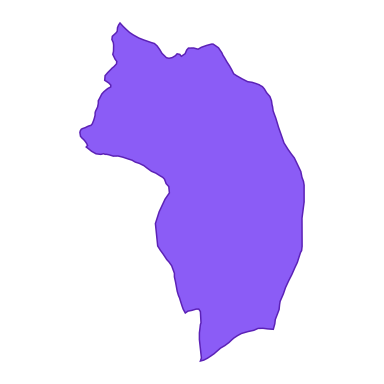 outline of Owan East, Edo, Nigeria
{"feature_id": "59680162B90522809362613", "entity_name": "Owan East", "entity_type": "district", "adm_level": 2, "iso_a3": "NGA", "parent_name": "Nigeria", "parent_adm1": "Edo", "projection": "robinson", "projection_center": [6.02, 7.027], "detail": "fine", "context": "isolated", "style": "filled", "palette": "violet", "viewbox_px": 384, "rotation_deg": 0, "n_neighbors": 0, "source": "geoboundaries", "source_scale": "gbopen_adm2", "svg_char_len": 2791}
<svg xmlns="http://www.w3.org/2000/svg" viewBox="0 0 384 384"><path d="M281.0,134.3L278.6,127.5L277.5,123.8L275.8,118.2L274.2,113.9L273.1,110.8L272.6,107.0L272.0,104.5L271.5,100.8L269.9,96.5L266.6,92.7L264.4,89.0L262.9,87.2L262.3,86.6L259.1,84.8L259.1,84.7L255.8,83.5L252.0,82.3L247.7,81.7L241.8,78.7L236.4,75.6L233.7,73.8L231.5,69.4L229.4,65.7L227.1,62.2L226.6,61.4L225.3,59.1L224.5,57.7L222.9,55.2L221.8,52.7L218.5,47.8L215.8,45.9L213.1,44.1L211.5,44.1L206.7,45.4L201.3,47.3L198.1,49.2L193.7,48.0L188.4,48.1L186.7,50.0L185.1,53.7L181.4,56.3L180.8,55.7L179.8,54.4L177.1,53.8L175.4,55.7L172.2,57.6L169.0,58.3L166.4,57.7L162.0,53.4L159.8,49.7L157.1,45.9L154.4,43.5L151.4,42.6L143.6,39.9L138.8,38.0L133.4,35.0L129.6,32.5L126.3,29.5L123.1,26.4L120.0,23.0L118.6,25.0L117.5,27.7L117.2,31.3L116.1,32.8L114.4,34.4L112.3,36.3L111.9,39.5L113.3,42.6L113.6,45.0L113.6,46.1L113.5,51.3L112.8,54.4L115.1,59.2L116.8,61.5L116.7,62.0L116.5,63.9L114.7,65.8L114.0,66.6L112.0,68.2L110.6,69.7L107.8,72.5L106.1,74.5L105.1,75.6L104.7,80.3L108.7,82.9L110.8,85.1L110.7,87.0L108.3,88.2L106.6,89.4L103.9,91.7L101.8,94.0L100.8,96.0L99.4,98.7L98.3,100.7L98.3,103.4L97.6,107.0L95.5,111.3L95.1,112.9L95.1,115.2L94.4,118.0L93.7,120.3L92.3,123.8L90.9,125.4L89.2,125.8L87.5,126.5L85.1,127.7L82.7,128.5L81.3,129.2L80.3,130.8L79.9,132.4L80.5,136.3L82.2,138.3L83.6,139.5L85.3,141.5L86.6,143.4L87.6,145.4L86.2,147.0L87.9,148.3L91.6,151.3L96.0,153.8L100.8,154.4L103.5,153.7L105.1,154.3L106.7,154.3L109.0,154.8L109.4,154.9L113.2,156.1L118.1,156.0L122.9,157.2L128.3,159.0L132.1,160.2L135.3,162.1L139.1,163.3L144.0,165.7L147.2,168.2L151.5,171.3L155.8,173.1L159.6,175.5L162.8,177.4L163.6,178.2L164.5,179.2L166.1,183.6L168.8,186.6L168.9,187.8L169.4,192.9L165.1,199.1L159.2,211.7L155.4,223.6L155.5,224.5L157.7,246.0L160.4,250.3L163.1,254.0L166.8,259.6L169.0,262.0L171.7,265.8L172.8,268.9L174.4,273.2L174.4,276.9L175.5,281.9L177.2,291.2L178.3,295.0L179.0,296.8L179.4,297.5L180.9,302.4L182.1,306.1L183.2,309.2L185.3,313.0L188.0,311.1L191.8,310.4L196.1,309.1L198.8,309.1L200.4,311.6L201.0,322.8L200.4,324.6L199.9,329.0L199.4,332.8L199.4,339.6L201.4,357.9L200.4,361.0L203.8,360.1L207.5,358.2L214.0,353.8L220.5,348.1L224.8,345.6L229.1,342.4L231.7,339.9L233.9,338.0L237.7,335.5L241.4,333.5L247.9,331.6L253.8,330.3L258.1,328.4L263.0,328.3L267.8,328.9L273.3,329.3L274.8,323.8L275.3,319.5L277.5,313.8L279.1,309.5L279.6,304.5L280.1,301.4L283.4,293.8L285.5,287.6L288.7,280.7L291.9,274.4L293.7,270.3L293.8,270.1L294.6,268.2L297.3,262.5L298.9,257.5L300.5,252.5L301.6,250.6L302.1,246.3L302.0,218.2L304.1,202.0L304.1,195.8L304.1,192.2L304.1,185.2L303.5,181.5L301.9,177.1L301.8,176.5L300.8,171.5L297.0,163.5L294.3,157.9L291.0,153.6L288.7,150.3L288.3,149.8L285.6,145.5L284.0,143.0L281.0,134.3Z" fill="#8b5cf6" stroke="#5b21b6" stroke-width="1.5"/></svg>